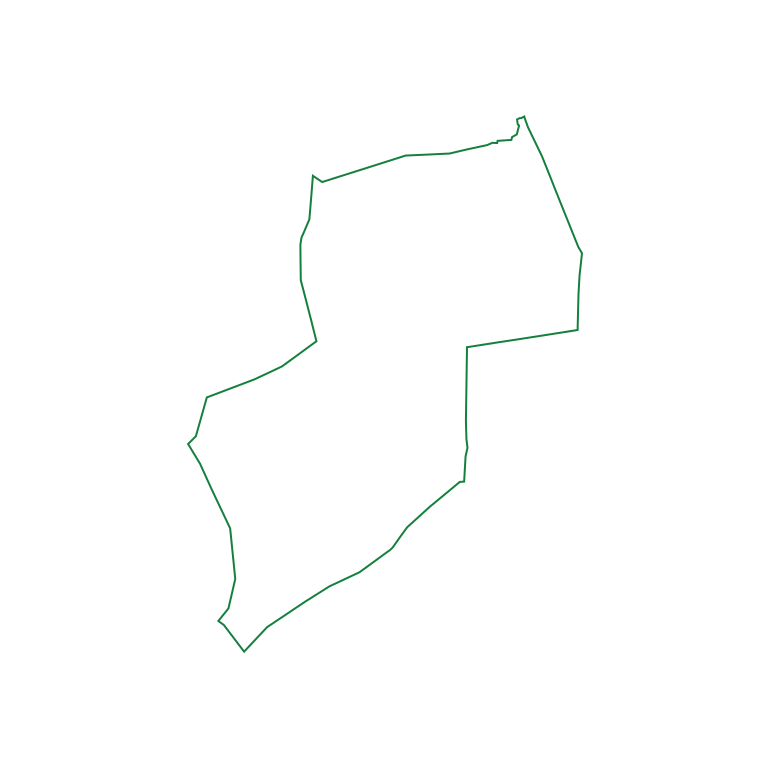 outline of San Pedro Totolápam, Oaxaca, Mexico, rotated 291°
{"feature_id": "50627088B25351839597383", "entity_name": "San Pedro Totolápam", "entity_type": "district", "adm_level": 2, "iso_a3": "MEX", "parent_name": "Mexico", "parent_adm1": "Oaxaca", "projection": "orthographic", "projection_center": [-96.209, 16.658], "detail": "fine", "context": "isolated", "style": "outline", "palette": "green", "viewbox_px": 768, "rotation_deg": 291, "n_neighbors": 0, "source": "geoboundaries", "source_scale": "gbopen_adm2", "svg_char_len": 1233}
<svg xmlns="http://www.w3.org/2000/svg" viewBox="0 0 768 768"><g transform="rotate(291 384 384)"><path d="M451.1,269.1L437.3,279.0L424.5,288.1L418.6,292.3L416.4,293.9L413.9,295.6L399.7,305.6L363.9,282.5L342.0,261.5L308.0,223.4L295.0,224.6L267.8,227.1L257.8,222.6L243.5,241.0L234.7,249.9L223.1,261.7L194.1,292.1L171.1,303.7L148.7,315.0L118.8,319.2L103.4,314.3L101.6,320.9L84.0,349.3L115.1,362.0L152.7,388.5L162.6,395.9L175.7,405.7L189.1,418.6L199.5,428.6L228.3,447.2L231.1,449.1L234.5,450.7L248.7,454.3L258.6,457.0L286.1,470.9L303.1,480.5L319.7,489.8L321.6,493.8L345.6,486.1L354.4,484.8L362.1,480.7L378.9,473.7L448.1,448.3L462.7,473.7L472.3,490.6L503.8,545.4L508.8,543.6L537.8,533.3L555.3,527.7L577.0,522.0L581.5,516.4L585.0,513.1L607.6,492.1L627.1,474.0L636.5,465.4L653.2,449.9L675.4,426.3L683.3,419.5L684.0,419.1L681.3,416.7L680.8,415.3L678.6,413.4L674.3,415.9L673.7,417.5L664.6,418.5L660.4,415.1L657.5,415.4L651.7,402.9L649.5,403.3L648.0,398.7L644.1,394.8L635.8,382.1L632.8,377.5L629.2,372.2L622.7,362.7L614.3,343.6L605.0,322.3L550.4,253.9L552.9,243.0L536.7,247.8L519.0,253.0L511.0,255.3L498.8,254.9L490.9,254.5L485.5,255.7L483.6,256.2L468.9,262.0L459.4,265.8L451.1,269.1Z" fill="none" stroke="#15803d" stroke-width="2"/></g></svg>